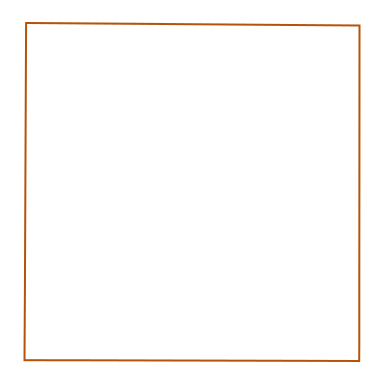 the district of Maracó, La Pampa, Argentina
{"feature_id": "61730980B39039474647755", "entity_name": "Maracó", "entity_type": "district", "adm_level": 2, "iso_a3": "ARG", "parent_name": "Argentina", "parent_adm1": "La Pampa", "projection": "natural_earth1", "projection_center": [-63.664, -35.679], "detail": "fine", "context": "isolated", "style": "outline", "palette": "amber", "viewbox_px": 384, "rotation_deg": 0, "n_neighbors": 0, "source": "geoboundaries", "source_scale": "gbopen_adm2", "svg_char_len": 361}
<svg xmlns="http://www.w3.org/2000/svg" viewBox="0 0 384 384"><path d="M24.5,360.2L90.6,360.3L296.5,360.8L358.3,361.0L358.5,361.0L359.2,361.0L359.3,345.1L359.3,277.0L359.4,161.7L359.5,28.2L359.5,25.5L358.7,25.5L162.6,24.0L26.1,23.0L26.1,23.5L26.1,23.9L25.9,66.2L25.6,133.5L25.3,202.2L24.9,292.8L24.5,360.2Z" fill="none" stroke="#b45309" stroke-width="2"/></svg>